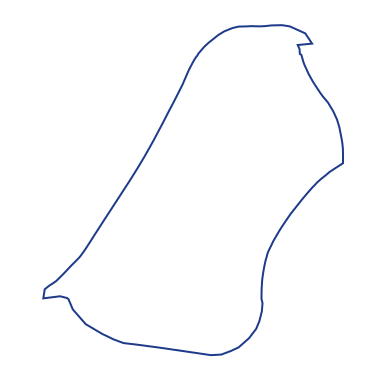 the district of Lagos Island, Nigeria, rotated 88°
{"feature_id": "59680162B72688390978538", "entity_name": "Lagos Island", "entity_type": "district", "adm_level": 2, "iso_a3": "NGA", "parent_name": "Nigeria", "parent_adm1": "", "projection": "mercator", "projection_center": [3.394, 6.453], "detail": "fine", "context": "isolated", "style": "outline", "palette": "blue", "viewbox_px": 384, "rotation_deg": 88, "n_neighbors": 0, "source": "geoboundaries", "source_scale": "gbopen_adm2", "svg_char_len": 1464}
<svg xmlns="http://www.w3.org/2000/svg" viewBox="0 0 384 384"><g transform="rotate(88 192 192)"><path d="M293.1,344.3L291.6,327.4L293.6,320.6L294.8,319.2L305.2,315.2L320.4,302.8L330.7,286.7L336.7,275.2L340.6,265.7L342.6,252.5L346.5,229.4L351.3,202.9L355.7,178.8L355.5,168.4L352.2,158.6L348.9,150.8L340.1,140.1L331.1,132.7L323.5,129.2L313.9,126.4L305.6,125.4L301.1,126.3L291.3,125.8L282.1,124.9L274.8,123.6L269.1,122.4L262.1,120.6L259.1,119.5L258.6,119.5L255.4,118.4L252.7,117.1L250.5,115.9L244.2,112.6L243.8,112.4L233.7,106.0L228.9,102.7L220.0,96.2L217.2,94.1L203.1,82.1L197.1,76.7L191.1,71.0L189.6,69.3L186.9,66.7L183.1,62.1L179.9,57.7L176.7,53.7L172.1,46.1L168.5,40.1L161.4,39.8L153.9,39.7L148.8,40.0L143.5,40.7L132.3,42.5L124.8,44.5L116.3,48.0L107.3,53.0L100.7,58.2L100.0,58.6L96.9,60.7L91.8,63.8L86.0,67.3L78.4,71.2L68.8,75.2L66.1,76.1L58.8,77.9L57.7,79.4L53.1,79.5L48.8,81.2L47.9,66.8L37.4,73.3L29.9,88.5L28.4,96.3L28.3,106.7L28.8,113.7L28.8,119.3L28.3,126.9L28.4,131.5L28.3,139.4L29.5,145.7L32.6,154.2L36.0,160.2L43.5,170.3L47.7,175.1L53.7,180.6L56.5,182.4L56.6,182.7L59.5,184.8L62.6,186.7L69.8,190.8L74.8,193.2L84.7,197.9L100.3,206.5L109.9,212.0L122.6,219.1L139.8,229.0L154.9,238.2L165.7,245.2L176.9,252.7L190.9,262.5L224.0,285.7L226.5,287.4L231.2,290.7L238.8,295.9L245.1,300.3L249.5,303.6L252.5,306.0L253.8,307.2L261.6,315.5L269.8,323.8L276.3,330.9L278.5,334.3L280.5,337.8L284.1,342.6L293.1,344.3Z" fill="none" stroke="#1e3a8a" stroke-width="2"/></g></svg>